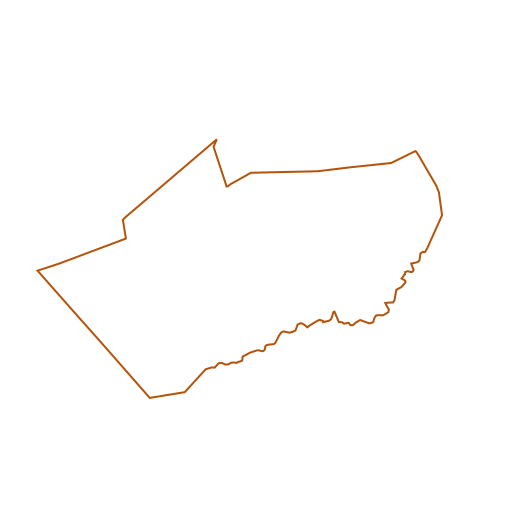 the district of Santo Domingo Tlatayápam, Oaxaca, Mexico, rotated 147°
{"feature_id": "50627088B94948121721133", "entity_name": "Santo Domingo Tlatayápam", "entity_type": "district", "adm_level": 2, "iso_a3": "MEX", "parent_name": "Mexico", "parent_adm1": "Oaxaca", "projection": "mercator", "projection_center": [-97.346, 17.402], "detail": "fine", "context": "isolated", "style": "outline", "palette": "amber", "viewbox_px": 512, "rotation_deg": 147, "n_neighbors": 0, "source": "geoboundaries", "source_scale": "gbopen_adm2", "svg_char_len": 2030}
<svg xmlns="http://www.w3.org/2000/svg" viewBox="0 0 512 512"><g transform="rotate(147 256 256)"><path d="M108.1,169.3L77.8,188.8L67.9,209.8L66.5,217.2L64.8,252.4L64.9,256.5L65.3,257.2L67.8,257.5L92.0,260.4L131.3,280.4L132.8,281.1L157.9,293.4L160.5,295.0L166.1,298.4L187.9,311.9L215.0,328.6L232.7,329.7L238.0,330.1L241.8,329.8L242.8,330.3L232.1,370.7L225.3,375.2L245.4,372.6L344.0,359.7L347.9,358.9L355.6,341.5L425.5,356.9L447.2,362.7L439.9,313.3L432.2,262.5L422.4,194.9L389.9,180.6L360.0,188.4L353.9,186.7L351.3,184.9L345.8,186.4L342.9,185.0L340.9,181.7L338.3,180.2L335.1,180.1L332.0,178.4L330.7,176.9L328.5,176.9L327.1,176.3L324.6,175.8L321.9,178.9L317.9,178.5L313.6,178.2L309.6,177.1L307.6,176.6L305.6,175.9L303.7,173.9L302.6,172.7L301.6,172.4L300.5,172.4L299.6,172.9L298.2,174.2L297.5,175.1L296.6,175.4L295.5,175.4L294.2,175.0L292.1,174.0L290.2,172.9L289.2,172.5L287.6,172.4L286.3,173.1L284.2,174.3L280.2,176.6L277.3,177.8L276.2,178.1L274.7,178.0L273.6,177.4L272.4,176.2L269.7,173.4L267.8,173.0L267.3,172.5L266.9,172.4L266.4,172.4L263.5,172.0L258.4,175.9L254.8,175.2L253.6,173.4L252.8,171.6L251.9,168.4L251.6,168.1L250.3,168.5L241.1,168.3L237.3,167.8L235.1,164.7L235.7,163.8L233.9,163.3L229.9,161.9L227.9,162.0L225.9,163.2L223.4,165.3L221.7,166.8L220.5,166.6L222.5,155.4L221.5,154.8L219.9,153.5L219.1,151.4L217.0,150.4L215.2,149.9L214.7,149.4L214.5,146.5L213.0,145.6L211.6,145.2L209.1,145.8L208.5,145.8L203.5,145.6L201.6,143.0L199.1,139.7L198.0,138.1L195.7,137.0L193.6,136.8L190.3,139.6L187.6,140.7L184.7,139.2L182.3,137.3L181.0,137.0L175.7,136.8L173.7,138.7L173.5,144.1L173.2,146.2L170.0,144.6L167.1,142.8L166.4,142.4L164.1,143.3L156.8,151.2L153.4,151.0L151.4,150.7L145.2,152.3L144.3,154.0L145.1,155.8L146.2,157.8L143.6,158.6L142.1,159.6L141.0,159.5L139.6,161.3L137.0,160.6L136.7,160.3L135.5,158.9L134.1,157.7L132.8,157.6L131.3,158.7L130.3,163.7L130.0,165.1L125.1,163.3L124.4,163.1L123.2,162.9L121.1,163.5L116.7,168.6L113.9,168.6L113.1,167.6L112.1,167.3L108.1,169.3Z" fill="none" stroke="#b45309" stroke-width="2"/></g></svg>